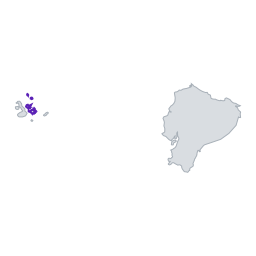 Santa Cruz, Galápagos, Ecuador shown in context
{"feature_id": "8360857B73941749048341", "entity_name": "Santa Cruz", "entity_type": "district", "adm_level": 2, "iso_a3": "ECU", "parent_name": "Ecuador", "parent_adm1": "Galápagos", "projection": "albers", "projection_center": [-90.525, -0.066], "detail": "fine", "context": "in_parent", "style": "outline", "palette": "violet", "viewbox_px": 256, "rotation_deg": 0, "n_neighbors": 0, "source": "geoboundaries", "source_scale": "gbopen_adm2", "svg_char_len": 6189}
<svg xmlns="http://www.w3.org/2000/svg" viewBox="0 0 256 256"><path d="M240.3,105.7L239.5,106.2L237.7,106.4L236.2,105.9L235.6,105.9L235.5,106.4L237.5,107.7L238.3,109.9L239.7,111.2L240.5,111.9L240.6,112.4L240.3,113.3L240.2,114.0L240.6,117.4L240.3,117.6L239.3,117.5L238.5,117.0L236.1,125.3L228.9,133.4L220.7,139.3L211.4,142.5L204.5,144.8L203.4,145.7L200.0,149.8L199.8,150.3L200.3,151.0L200.3,151.4L199.8,151.7L199.4,151.7L199.2,151.5L199.1,151.0L198.6,150.5L198.1,150.3L197.8,150.5L197.7,150.9L197.0,153.2L197.0,154.3L196.7,154.7L196.7,155.7L196.0,156.6L195.4,158.1L194.9,158.5L194.1,160.9L193.1,163.2L193.0,164.0L193.3,164.6L193.4,165.0L192.9,166.4L190.5,167.8L189.9,168.5L189.6,169.3L189.8,169.9L189.7,170.5L188.9,170.7L188.1,172.0L187.5,172.3L186.0,171.8L184.9,171.8L184.1,171.4L182.4,169.1L181.8,167.8L181.6,166.0L179.9,164.8L177.7,165.1L177.1,164.7L175.5,163.9L174.1,163.0L173.1,162.6L172.3,162.8L171.0,164.2L169.7,164.9L169.2,164.8L168.4,164.4L168.3,163.9L170.2,161.4L168.8,161.3L168.3,160.7L168.3,160.1L168.0,159.4L168.3,158.6L169.0,158.2L170.1,158.5L170.9,158.6L171.4,157.8L172.4,157.2L172.6,156.8L172.1,155.6L171.9,154.9L172.1,154.5L172.1,153.2L171.7,152.7L171.7,151.9L171.5,151.5L171.3,150.6L170.7,150.1L172.9,149.2L173.7,148.5L174.8,147.9L175.6,147.0L176.2,146.0L177.6,141.7L178.9,139.0L178.7,137.7L177.7,136.0L177.5,133.4L177.6,132.6L177.4,132.0L176.7,133.1L176.9,136.9L176.2,138.6L175.4,139.0L174.8,138.7L175.1,135.9L174.5,136.4L173.5,138.3L171.8,139.7L171.7,140.1L171.3,140.7L170.0,140.2L169.0,139.6L165.8,136.4L163.7,135.7L162.5,134.6L162.2,134.2L162.0,133.5L163.4,132.9L164.7,132.0L164.8,130.0L164.8,128.5L163.9,125.9L164.4,122.5L164.1,121.1L163.0,118.3L163.9,116.8L166.9,115.8L167.8,115.1L168.5,112.9L169.2,111.5L170.5,112.1L171.6,112.0L170.2,111.5L169.0,109.5L168.9,108.6L171.1,105.8L172.3,105.1L173.7,103.6L174.9,101.4L175.2,97.9L174.8,95.4L174.4,92.8L175.1,92.1L177.0,91.8L178.5,90.9L179.2,90.1L181.0,90.3L183.0,89.1L186.3,88.5L190.8,87.1L191.8,85.9L191.4,83.7L193.1,85.1L193.8,86.1L196.2,87.3L198.9,89.4L200.7,90.5L202.6,91.5L205.5,92.5L207.2,92.4L208.0,93.9L208.6,94.4L210.2,95.0L210.4,95.2L211.0,98.1L211.4,98.5L212.8,99.0L214.5,99.2L215.2,99.1L216.8,99.9L219.1,100.6L220.0,100.7L220.4,100.6L220.5,100.3L221.2,100.4L222.3,100.7L223.7,100.8L224.7,100.5L224.9,98.9L225.2,98.5L226.3,97.9L226.9,98.1L229.6,99.4L230.2,99.8L230.9,100.8L232.2,102.1L233.6,103.0L235.8,103.4L237.9,104.8L240.3,105.7ZM20.6,102.5L21.5,103.4L21.9,106.0L24.7,108.6L25.0,110.1L24.8,110.8L24.9,111.1L26.2,112.1L27.1,113.2L25.6,115.8L22.6,116.9L19.3,116.9L18.6,116.6L17.7,115.6L17.5,114.7L18.1,113.9L19.8,112.6L22.4,111.4L22.7,110.6L21.6,109.7L20.9,108.0L19.3,106.8L18.5,103.2L17.9,103.0L16.8,103.5L16.2,103.1L16.1,102.9L17.3,102.0L17.6,101.4L19.4,101.2L20.1,101.6L20.6,102.5ZM33.5,113.5L32.8,113.5L30.6,112.2L30.8,110.9L31.6,110.0L34.4,109.5L35.5,110.4L35.4,111.9L34.5,113.1L33.8,113.3L33.5,113.5ZM173.3,144.4L173.1,144.9L171.8,144.9L171.4,144.7L171.7,142.2L172.1,141.4L173.2,140.6L174.1,140.2L175.2,140.3L176.4,141.0L175.0,142.3L173.9,142.7L173.3,144.4ZM18.5,109.2L17.1,109.5L16.0,109.0L15.5,108.3L15.4,107.2L15.5,106.8L18.0,106.4L18.9,107.3L18.9,108.7L18.5,109.2ZM46.1,115.4L44.4,116.0L43.5,115.4L43.5,115.1L44.4,114.3L45.2,113.8L46.0,112.8L47.4,112.2L47.9,112.4L48.1,112.6L48.3,112.9L47.8,113.7L46.9,114.2L46.1,115.4ZM30.2,107.5L29.6,107.9L27.0,107.4L26.2,106.6L26.8,105.5L27.4,105.1L28.9,105.5L30.5,106.7L30.2,107.5ZM32.3,121.3L31.7,121.3L30.9,120.7L31.5,119.7L32.6,120.2L32.9,120.6L32.3,121.3ZM190.7,86.5L189.9,86.6L189.6,85.9L190.5,85.2L190.8,85.0L190.7,86.5Z" fill="#d9dde1" stroke="#a8b0b8" stroke-width="1"/><path d="M34.7,109.7L34.4,109.6L34.2,109.6L33.9,109.6L33.6,109.7L33.6,109.8L33.6,109.7L33.4,109.7L33.2,109.7L33.1,109.8L33.1,110.0L33.0,109.9L32.9,109.9L32.7,109.9L32.4,109.8L32.2,109.9L31.8,109.9L31.6,110.1L31.4,110.1L31.2,110.2L31.0,110.3L31.0,110.5L30.8,110.6L30.7,110.7L30.8,110.7L30.7,110.8L30.8,110.9L30.7,111.0L30.6,111.3L30.5,111.5L30.6,111.8L30.7,112.0L30.7,112.3L30.8,112.5L31.0,112.6L31.3,112.7L31.4,112.8L31.5,112.8L31.8,113.0L32.0,113.2L32.2,113.3L32.3,113.3L32.5,113.4L32.5,113.5L32.7,113.4L32.7,113.5L32.8,113.5L32.9,113.4L33.0,113.4L32.9,113.4L33.0,113.5L33.2,113.4L33.3,113.4L33.3,113.5L33.5,113.3L33.8,113.4L33.8,113.2L34.0,113.1L34.3,113.1L34.5,113.2L34.8,113.1L34.9,112.7L35.0,112.7L35.0,112.4L35.2,112.5L35.3,112.5L35.4,112.4L35.5,112.3L35.4,112.3L35.4,112.2L35.4,112.3L35.5,112.2L35.6,111.9L35.5,112.0L35.5,111.9L35.6,111.7L35.6,111.4L35.6,111.2L35.7,110.9L35.8,110.8L35.6,110.6L35.4,110.5L35.3,110.4L35.0,110.3L34.9,110.2L34.7,109.7L34.7,109.7ZM27.2,104.9L27.0,105.0L26.9,105.0L26.7,105.1L26.6,105.3L26.6,105.6L26.7,105.8L26.5,106.1L26.4,106.1L26.2,106.2L26.2,106.3L26.1,106.5L26.3,106.7L26.5,106.8L26.6,107.0L26.6,107.3L26.8,107.4L27.1,107.5L27.1,107.4L27.3,107.5L27.5,107.5L27.8,107.7L27.9,107.8L28.0,107.8L28.3,107.8L28.4,107.7L28.5,107.8L28.6,107.7L28.8,107.7L28.9,107.8L29.0,107.8L29.3,107.9L29.4,108.0L29.5,107.9L29.6,108.0L29.8,108.0L30.0,108.0L30.0,107.9L30.2,107.7L30.3,107.5L30.3,107.4L30.6,107.3L30.5,107.0L30.3,106.9L30.2,106.8L30.2,106.7L30.2,106.4L30.1,106.1L29.9,106.0L29.8,105.9L29.7,105.8L29.5,105.7L29.4,105.8L29.4,105.7L29.2,105.7L28.9,105.6L28.6,105.4L28.6,105.5L28.5,105.4L28.4,105.4L28.5,105.4L28.3,105.2L28.1,105.2L27.9,105.1L27.8,104.9L27.6,105.0L27.4,104.9L27.2,104.9ZM31.5,97.6L31.3,97.6L30.9,97.8L30.7,98.0L30.7,98.6L30.9,98.7L31.1,98.7L31.2,98.9L31.4,99.0L31.5,99.1L31.9,99.0L32.0,99.0L32.3,98.9L32.5,98.7L32.3,98.1L32.1,97.9L31.9,97.8L31.9,97.7L31.6,97.6L31.5,97.6ZM27.6,94.1L27.4,94.0L27.2,94.3L27.3,94.5L27.2,94.6L27.3,94.9L27.3,95.2L27.4,95.3L27.5,95.3L27.8,95.4L27.9,95.5L27.9,95.4L28.0,95.4L28.1,95.5L28.2,95.3L28.2,95.1L28.1,94.9L28.1,94.7L27.9,94.5L27.8,94.4L27.7,94.3L27.6,94.1ZM34.3,108.6L34.0,108.6L34.2,108.8L34.2,109.0L34.0,109.3L34.0,109.5L34.4,109.5L34.7,109.3L34.6,109.1L34.5,108.9L34.4,108.8L34.3,108.6ZM28.9,111.0L28.7,111.0L28.7,111.4L29.1,111.6L29.2,111.4L29.3,111.4L29.2,111.2L28.9,111.0ZM28.4,108.4L28.3,108.5L28.2,108.5L28.4,108.8L28.4,108.7L28.5,108.6L28.4,108.4ZM31.1,104.9L31.2,104.7L31.0,104.8L31.1,104.9ZM34.2,108.2L34.1,108.4L34.3,108.3L34.2,108.2Z" fill="none" stroke="#5b21b6" stroke-width="2"/></svg>